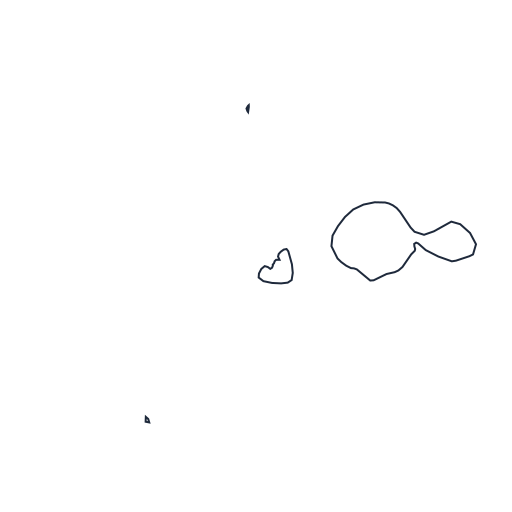 the state/province of Windward Islands, rotated 324°
{"feature_id": "PYF-4963", "entity_name": "Windward Islands", "entity_type": "state/province", "adm_level": 1, "iso_a3": "PYF", "parent_name": "French Polynesia", "parent_adm1": "", "projection": "robinson", "projection_center": [-149.632, -17.426], "detail": "fine", "context": "isolated", "style": "outline", "palette": "slate", "viewbox_px": 512, "rotation_deg": 324, "n_neighbors": 0, "source": "natural_earth", "source_scale": "10m", "svg_char_len": 1208}
<svg xmlns="http://www.w3.org/2000/svg" viewBox="0 0 512 512"><g transform="rotate(324 256 256)"><path d="M434.2,343.0L439.9,350.3L442.7,363.2L440.9,375.8L432.5,382.3L428.5,381.6L415.0,377.3L411.3,375.4L403.2,363.6L396.8,351.0L394.6,341.2L393.4,339.3L391.1,339.2L389.8,341.3L388.9,343.9L387.5,345.1L382.5,345.9L368.0,351.0L362.7,351.4L358.7,350.6L351.0,347.3L336.9,344.8L334.0,343.0L329.7,326.1L328.0,323.6L325.7,321.6L323.3,316.9L321.4,311.0L320.5,305.9L322.8,292.4L329.9,284.5L339.9,280.0L351.0,276.7L362.0,275.5L373.2,277.6L383.6,282.3L391.9,288.6L394.4,291.6L396.5,295.4L398.0,299.9L398.5,305.0L397.8,323.8L398.5,329.6L404.4,337.6L414.4,340.6L434.2,343.0ZM282.2,267.1L284.8,268.3L284.9,271.2L280.2,283.8L275.8,291.3L270.7,296.4L266.0,296.2L260.2,292.9L253.1,287.2L247.2,280.7L245.5,275.0L248.1,271.9L252.7,269.6L257.1,269.3L259.1,271.9L260.0,274.8L262.1,274.9L264.0,273.7L264.4,272.9L266.4,272.4L268.0,271.2L270.0,270.9L272.8,272.9L273.5,269.4L275.6,267.7L278.6,267.1L282.2,267.1ZM69.3,325.2L72.3,321.4L73.0,324.5L71.8,327.9L69.3,325.2ZM335.0,131.1L336.9,130.2L337.9,129.8L338.8,129.7L337.8,131.2L334.2,134.9L334.2,133.9L334.4,133.0L335.0,131.1Z" fill="none" stroke="#1e293b" stroke-width="2"/></g></svg>